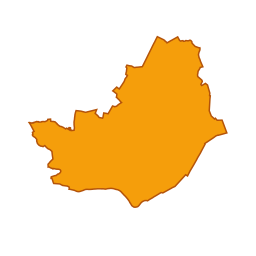 Ziru pag., Ventspils, Latvia (Mercator projection), rotated 162°
{"feature_id": "27541924B88472203341854", "entity_name": "Ziru pag.", "entity_type": "district", "adm_level": 2, "iso_a3": "LVA", "parent_name": "Latvia", "parent_adm1": "Ventspils", "projection": "mercator", "projection_center": [21.635, 57.135], "detail": "fine", "context": "isolated", "style": "filled", "palette": "amber", "viewbox_px": 256, "rotation_deg": 162, "n_neighbors": 0, "source": "geoboundaries", "source_scale": "gbopen_adm2", "svg_char_len": 5403}
<svg xmlns="http://www.w3.org/2000/svg" viewBox="0 0 256 256"><g transform="rotate(162 128 128)"><path d="M220.4,163.8L220.2,163.3L219.6,160.8L219.4,159.6L218.4,153.8L219.8,153.5L220.2,153.4L220.3,151.5L220.9,151.3L221.1,150.7L220.7,149.4L219.2,147.6L218.3,145.3L218.9,143.8L218.9,141.2L218.0,139.2L216.7,137.8L215.6,137.3L214.5,136.5L212.6,137.0L212.3,136.4L212.2,136.2L211.9,135.4L210.7,133.2L208.7,131.3L207.6,129.2L208.3,125.8L208.4,125.3L208.5,124.7L208.8,122.8L209.0,121.7L212.6,119.9L213.1,119.5L214.2,118.8L214.8,118.6L215.3,118.1L216.0,115.5L215.3,115.5L214.3,114.4L214.1,114.1L212.7,113.0L212.2,112.4L212.0,112.5L211.6,112.3L211.5,112.5L211.0,112.3L209.7,111.5L208.8,111.0L208.0,110.7L207.7,110.6L206.9,110.3L206.5,110.1L205.8,109.5L205.4,109.2L205.2,108.6L205.2,107.9L205.5,107.2L206.3,106.5L206.9,106.2L208.3,105.7L209.1,105.9L210.6,105.2L211.2,105.0L211.5,105.2L212.8,105.3L216.1,105.3L216.3,105.0L216.3,104.9L216.5,104.6L216.6,104.1L216.7,103.9L216.0,103.8L215.9,102.0L215.9,99.1L215.8,98.2L210.2,95.9L208.0,93.6L203.5,91.4L202.2,89.9L202.4,89.3L202.6,88.6L203.0,88.0L202.1,87.6L201.4,87.2L201.1,87.0L200.1,86.4L198.4,85.4L197.9,85.0L196.6,83.8L195.9,83.3L195.3,83.0L194.6,82.7L194.2,82.6L193.3,82.5L192.8,82.5L191.7,82.5L190.0,82.5L188.1,82.7L187.6,82.7L186.1,82.4L185.5,82.2L184.3,81.7L183.0,81.3L181.4,80.9L179.4,80.5L177.6,80.0L175.8,79.6L175.5,79.5L174.2,79.1L171.6,78.2L170.7,77.9L170.1,77.7L168.9,77.1L168.2,76.8L165.9,76.6L165.2,76.4L164.3,76.2L162.9,75.9L162.2,75.6L160.9,75.0L160.2,74.6L158.7,73.5L156.6,72.3L156.0,71.7L155.4,71.1L155.1,70.7L154.5,69.9L154.0,68.8L153.7,68.1L153.4,67.5L152.6,65.7L151.6,63.8L150.9,62.2L150.6,61.4L150.4,61.0L149.9,59.4L149.7,58.8L149.5,58.2L149.2,56.3L148.9,55.3L148.6,54.0L148.5,53.5L148.4,53.0L148.1,52.6L147.6,51.9L147.1,51.2L146.5,50.8L145.8,50.5L144.8,50.3L143.8,50.2L143.4,50.2L143.0,50.2L142.6,50.4L141.7,50.8L138.6,52.9L137.7,53.3L137.3,53.4L136.3,53.7L135.9,53.7L135.0,53.8L134.5,53.8L133.8,53.6L133.4,53.5L133.1,53.4L132.6,53.2L131.9,52.7L129.5,53.4L126.0,54.1L125.2,54.4L124.8,54.5L121.5,55.2L116.5,56.4L114.9,55.5L111.2,56.2L105.5,57.3L104.2,57.6L101.4,57.9L87.6,65.7L86.2,64.0L82.2,68.0L79.8,70.1L77.4,72.2L74.0,75.3L72.9,76.3L71.0,78.2L66.9,81.8L65.0,83.7L62.3,86.3L59.7,88.8L59.8,89.5L50.1,92.2L46.8,93.3L44.6,93.4L44.4,93.2L44.1,93.2L42.7,93.1L35.5,92.8L35.6,94.7L36.1,106.4L40.8,107.8L41.9,110.3L42.9,109.8L45.1,113.7L45.4,119.3L41.1,130.3L39.8,133.2L40.4,133.6L39.4,135.9L39.1,144.3L40.6,146.5L41.4,146.3L44.6,145.6L44.9,145.7L45.2,147.0L43.0,149.2L42.9,150.5L43.6,151.8L45.8,155.4L45.4,157.2L44.7,158.4L43.8,160.3L41.2,162.5L40.6,163.3L37.9,163.1L38.5,169.4L38.4,170.0L38.5,171.7L38.6,172.6L38.7,173.3L38.6,173.5L38.6,173.9L38.5,174.3L38.5,175.1L38.3,175.6L38.3,176.2L38.0,176.6L37.1,178.2L36.7,178.5L35.8,179.7L35.5,180.0L35.4,180.3L35.1,181.1L34.9,181.6L34.9,181.9L34.9,182.1L35.4,182.1L39.0,184.9L39.2,185.4L40.3,187.6L40.9,189.0L40.6,190.3L41.1,191.6L41.4,192.0L41.9,192.3L42.1,192.4L42.6,192.3L43.2,192.3L43.5,192.3L43.9,192.3L46.0,193.3L47.0,193.0L48.4,193.3L48.7,194.0L48.8,194.0L49.4,194.3L51.1,194.4L51.9,195.4L51.9,195.5L52.6,199.3L59.7,197.9L59.9,197.9L64.6,196.9L64.7,197.3L64.8,197.6L65.4,198.6L65.6,198.7L65.8,198.9L65.9,199.1L65.9,199.6L66.0,199.9L67.0,201.1L71.9,205.8L74.1,203.6L74.5,203.2L76.3,201.3L76.6,201.1L79.4,198.3L81.7,195.9L86.2,191.3L88.8,188.6L95.3,182.0L95.5,181.9L100.3,182.9L100.5,183.0L103.5,183.6L105.3,185.7L105.4,185.8L107.5,186.8L109.6,188.1L110.0,187.7L110.8,187.0L110.9,186.8L110.9,186.6L111.0,186.3L110.9,186.2L110.7,185.8L110.6,185.5L110.6,185.3L111.4,183.6L111.9,182.6L112.0,182.2L112.5,181.5L113.0,180.7L113.4,179.8L113.5,179.7L113.4,179.5L113.2,179.2L112.9,178.9L112.3,178.3L112.5,178.1L112.9,177.7L113.0,177.7L113.2,177.4L113.2,177.2L113.5,177.0L115.4,175.8L117.1,173.6L117.3,173.4L120.1,171.1L124.3,167.8L126.1,170.4L131.0,168.0L130.4,167.2L130.0,166.6L129.3,165.6L129.1,165.2L128.9,165.1L128.8,164.9L128.1,163.7L128.8,162.1L129.6,160.8L129.2,160.3L128.1,158.1L127.7,157.5L127.0,155.5L126.3,154.2L126.8,154.1L130.0,153.2L130.3,153.0L130.8,152.9L131.8,152.4L132.2,152.2L133.1,152.3L134.1,152.4L134.1,152.5L135.9,153.7L142.5,147.7L144.5,148.8L146.4,149.8L147.4,148.0L148.5,145.9L149.1,145.2L152.0,146.8L152.3,147.1L152.8,148.8L153.8,150.6L154.7,152.0L152.1,155.2L154.8,155.4L163.4,156.0L163.8,156.2L167.6,158.6L172.0,160.6L173.3,158.8L174.4,156.9L174.8,155.9L175.7,154.1L176.2,152.8L176.7,151.9L177.5,150.3L177.9,148.9L178.3,147.7L178.6,146.2L178.9,144.7L180.0,142.5L182.5,143.0L182.7,143.6L182.9,144.4L182.9,145.3L182.7,146.0L183.9,146.6L184.9,146.0L184.0,145.1L183.3,143.5L183.7,143.5L184.7,144.8L185.1,145.2L186.4,146.8L187.6,146.4L189.5,148.7L191.1,150.1L192.3,150.7L192.4,151.0L192.7,151.3L194.2,153.6L194.1,153.9L195.5,156.4L196.9,157.2L198.5,157.8L199.4,158.3L198.9,160.4L201.6,161.0L202.1,160.2L202.9,159.9L205.1,159.7L206.5,160.3L206.9,160.4L207.2,160.4L207.5,160.6L208.2,160.7L208.8,160.5L209.8,160.8L210.1,160.9L210.7,161.0L211.0,161.1L211.1,161.3L211.1,161.6L211.3,161.7L211.4,161.8L211.6,161.8L212.0,162.0L212.3,161.9L212.7,162.3L212.9,162.4L213.1,162.2L213.6,162.3L213.8,162.4L214.1,162.3L214.5,162.3L215.1,162.4L215.3,162.4L215.7,162.1L215.8,162.1L215.7,162.3L215.8,162.4L216.1,162.4L216.5,162.4L216.6,162.2L217.0,162.1L217.4,162.2L217.7,162.4L217.8,162.6L218.7,162.5L219.4,163.3L220.3,163.8L220.4,163.8Z" fill="#f59e0b" stroke="#b45309" stroke-width="1.5"/></g></svg>